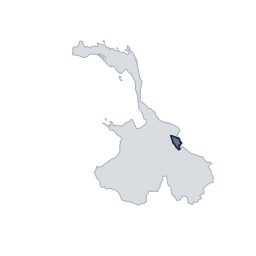 Umphang, Tak, Thailand (highlighted), rotated 149°
{"feature_id": "78962969B38032656496356", "entity_name": "Umphang", "entity_type": "district", "adm_level": 2, "iso_a3": "THA", "parent_name": "Thailand", "parent_adm1": "Tak", "projection": "albers", "projection_center": [98.923, 15.785], "detail": "fine", "context": "in_parent", "style": "filled", "palette": "slate", "viewbox_px": 256, "rotation_deg": 149, "n_neighbors": 0, "source": "geoboundaries", "source_scale": "gbopen_adm2", "svg_char_len": 5853}
<svg xmlns="http://www.w3.org/2000/svg" viewBox="0 0 256 256"><g transform="rotate(149 128 128)"><path d="M109.5,30.2L109.8,31.1L110.7,29.9L112.0,29.2L114.6,32.0L114.9,33.2L113.1,37.7L113.4,39.2L114.6,40.4L116.0,41.1L117.5,40.9L120.3,39.6L123.5,40.4L123.3,43.4L124.5,48.1L123.0,52.9L121.5,55.3L122.7,57.4L122.8,59.3L119.8,66.9L120.5,67.5L122.4,68.3L123.2,68.0L126.3,65.0L129.8,62.7L130.9,60.7L133.1,60.0L135.1,58.3L139.7,61.2L140.9,61.5L141.5,62.0L141.8,63.2L142.3,63.4L144.2,61.7L147.3,60.5L148.5,57.9L149.9,57.1L149.8,55.8L150.2,55.3L152.8,55.1L156.7,56.4L158.1,56.7L158.7,56.3L165.1,64.5L169.1,67.6L170.2,69.8L169.4,75.4L169.6,78.6L170.5,81.0L172.3,82.7L173.6,85.0L178.3,87.2L178.0,87.9L178.3,89.4L181.3,91.0L181.5,91.6L181.3,93.9L180.0,95.6L179.7,97.1L179.8,98.8L180.6,101.4L179.8,106.9L178.1,108.4L175.9,109.6L174.7,111.1L173.8,110.7L173.3,109.3L170.8,108.5L166.0,109.4L163.6,109.1L160.4,109.7L157.3,109.6L155.4,109.0L150.2,110.3L148.0,111.4L146.4,113.0L144.2,117.0L141.8,119.5L141.8,120.5L138.9,121.2L139.1,124.6L140.9,128.2L141.4,132.8L144.9,136.1L144.2,138.4L144.7,140.6L147.4,145.7L145.5,143.3L145.1,141.6L142.8,139.1L142.1,140.4L139.5,138.5L138.3,136.6L137.9,137.5L135.3,134.8L132.7,133.4L131.2,132.7L127.5,133.7L122.9,133.0L121.1,133.8L120.3,133.3L119.9,132.5L121.1,122.9L117.0,121.7L116.3,121.1L115.5,121.8L111.5,122.2L108.7,124.0L108.3,125.5L109.7,128.1L108.0,132.9L108.6,137.5L108.4,139.9L106.4,143.1L105.9,145.6L103.6,149.5L102.2,154.3L101.8,157.2L99.1,161.5L98.5,163.9L97.5,164.8L97.9,166.8L97.5,172.7L99.2,177.0L98.7,179.0L100.6,179.7L105.0,178.3L106.5,178.7L107.5,181.0L108.6,188.0L110.5,190.1L111.0,189.1L111.9,190.2L112.6,192.3L115.0,203.3L116.2,206.2L114.8,205.4L114.0,202.0L112.7,201.9L113.1,199.7L112.3,198.9L111.0,199.5L111.0,201.2L114.6,206.7L116.8,206.8L119.6,209.2L122.7,211.0L126.5,210.3L129.2,210.8L130.8,212.3L133.3,216.0L137.5,219.0L136.9,221.0L135.3,222.6L134.5,224.6L133.3,225.2L131.8,225.3L130.1,223.6L126.1,225.2L125.2,226.8L124.2,227.3L122.3,225.5L122.5,224.5L123.6,223.0L123.2,219.2L120.8,219.2L119.2,216.4L118.6,216.1L117.5,216.5L113.6,215.2L112.5,213.4L111.3,213.6L110.5,216.7L107.1,212.6L104.8,210.9L105.1,207.8L103.5,207.2L102.8,206.3L103.4,204.5L101.2,204.8L100.2,204.3L98.9,201.0L97.8,199.7L96.4,199.7L95.9,199.0L96.0,197.4L92.5,195.1L91.4,192.5L89.7,191.3L88.6,191.7L87.6,193.5L86.7,193.4L86.0,192.9L85.1,190.2L85.2,185.6L86.3,182.9L86.9,178.6L88.6,175.0L92.0,164.4L92.1,160.3L97.9,154.3L101.7,147.5L102.9,146.5L103.5,145.2L101.4,139.7L100.5,135.9L100.7,134.9L98.2,132.3L97.6,129.3L97.0,128.4L96.7,127.4L97.6,125.7L97.1,119.1L94.5,114.7L89.7,110.5L85.5,104.3L84.9,102.2L84.8,99.1L88.2,97.0L89.6,96.9L90.0,87.7L93.0,85.9L93.6,85.2L93.9,83.6L93.2,82.7L91.3,84.2L90.9,83.9L88.6,78.5L88.1,75.2L78.7,64.1L79.1,62.2L77.8,57.4L76.4,57.4L75.5,56.5L74.5,54.4L76.3,54.6L79.3,53.4L78.8,48.8L80.0,46.1L80.2,41.7L82.5,39.1L82.8,37.8L84.0,37.7L85.6,38.6L87.3,38.7L94.2,37.5L95.1,36.3L95.6,33.9L96.2,33.1L97.8,32.9L99.6,33.4L101.5,32.5L101.1,29.6L104.4,30.1L106.6,28.7L109.5,30.2ZM87.7,194.8L87.2,198.2L85.9,198.9L85.4,196.9L86.2,193.7L86.6,194.4L87.7,194.8ZM109.7,174.6L109.4,176.3L108.2,176.9L107.9,175.0L109.7,174.6ZM139.2,140.0L140.7,142.3L139.0,142.2L138.6,139.9L139.2,140.0ZM104.4,215.6L103.6,214.6L104.2,213.1L104.9,215.0L104.4,215.6ZM90.0,195.1L89.7,197.0L89.0,194.5L90.0,195.1ZM109.7,173.2L109.0,173.0L108.5,171.9L109.3,171.9L109.7,173.2ZM96.0,200.8L96.8,203.0L95.9,201.9L96.0,200.8ZM143.1,146.2L142.9,147.6L142.1,147.0L142.6,146.0L143.1,146.2ZM86.1,181.5L85.3,182.0L86.0,180.7L86.1,181.5Z" fill="#d9dde1" stroke="#a8b0b8" stroke-width="1"/><path d="M97.1,91.2L96.9,90.9L96.7,90.8L96.7,90.7L96.6,90.4L96.5,90.2L96.4,89.9L96.5,89.8L96.4,89.7L96.6,89.4L96.5,89.2L96.4,89.1L96.3,88.9L96.4,88.7L96.5,88.6L96.4,88.4L96.4,88.0L96.4,87.9L96.5,87.8L96.6,87.7L96.8,87.5L96.8,87.4L96.7,87.3L96.7,87.2L96.5,86.8L96.4,86.8L96.4,86.7L96.2,86.6L96.0,86.4L95.9,86.4L96.0,86.2L96.2,85.9L96.3,85.8L96.3,85.7L96.3,85.4L96.2,85.3L96.2,85.2L96.0,84.9L95.9,84.8L95.9,84.7L95.9,84.4L96.0,84.3L96.0,84.2L96.0,83.8L95.9,83.8L95.8,83.7L95.8,83.4L95.8,83.2L95.7,83.2L95.6,83.3L95.4,83.3L95.2,83.2L95.1,83.3L94.9,83.3L94.8,83.2L94.6,83.2L94.4,83.1L94.2,83.2L94.2,83.3L94.3,83.4L94.2,83.5L94.3,83.7L94.3,83.8L94.4,84.0L94.2,84.2L94.2,84.3L94.1,84.7L94.2,84.8L94.0,85.0L93.9,85.0L93.7,85.3L93.7,85.2L93.4,85.4L93.4,85.5L93.5,85.6L93.4,85.7L93.4,85.8L93.5,85.8L93.5,86.0L93.4,86.2L93.4,86.3L93.4,86.5L93.2,86.6L93.1,86.8L92.9,86.9L92.8,87.0L92.7,86.9L92.5,86.7L92.4,86.6L92.1,86.7L92.0,86.8L91.8,86.7L91.6,86.7L91.4,86.5L91.2,86.6L91.1,86.8L91.0,87.0L90.9,87.2L90.9,87.3L90.7,87.5L90.4,87.7L90.4,87.8L90.2,87.8L90.2,87.6L90.1,87.4L89.9,87.4L89.9,87.5L89.7,87.6L89.6,87.8L89.7,88.0L89.8,88.0L90.0,88.2L90.1,88.3L90.2,88.5L90.2,88.8L90.0,89.0L90.0,89.3L89.9,89.5L90.0,89.6L90.0,89.8L90.1,90.0L90.3,90.0L89.8,91.1L89.7,91.5L89.4,92.6L89.6,93.0L89.8,93.0L89.8,92.9L89.9,93.0L90.0,93.1L90.3,93.1L90.5,93.2L90.4,93.3L90.5,93.4L90.6,93.2L90.7,93.3L90.8,93.4L90.8,93.6L90.9,93.8L91.0,93.8L91.1,94.0L91.3,94.3L91.5,94.7L91.6,94.8L91.7,95.0L91.4,95.0L91.5,95.1L91.8,95.3L92.0,95.3L92.2,95.5L92.2,95.8L92.2,96.0L92.3,96.0L92.5,96.2L92.5,96.3L92.7,96.5L92.8,96.7L92.9,96.8L93.0,96.9L93.0,97.0L93.4,97.3L93.5,97.4L93.6,97.5L93.8,97.7L93.9,97.9L93.8,98.1L94.0,98.2L94.2,98.3L94.3,98.5L94.5,98.5L94.6,98.4L94.7,98.5L94.8,98.9L94.8,99.1L94.9,99.3L95.1,99.4L95.3,99.4L95.3,99.2L95.4,98.9L95.4,98.7L95.5,98.6L95.6,98.4L95.6,98.2L95.8,98.0L95.8,97.8L95.7,97.8L95.7,97.7L95.7,97.4L95.8,97.3L95.9,97.2L95.9,96.9L96.0,96.7L96.2,96.4L96.2,96.2L96.1,95.9L96.1,95.7L96.3,95.3L96.3,95.1L96.3,94.9L96.1,94.9L96.0,94.6L95.9,94.4L96.0,94.2L96.3,94.1L96.5,94.0L96.5,93.9L96.6,93.6L96.7,93.4L96.8,93.3L96.8,93.1L96.8,92.9L96.8,92.7L97.0,92.5L96.9,92.4L96.9,92.2L97.0,92.1L97.1,91.9L97.0,91.6L97.0,91.3L97.1,91.2Z" fill="#64748b" stroke="#1e293b" stroke-width="1.5"/></g></svg>